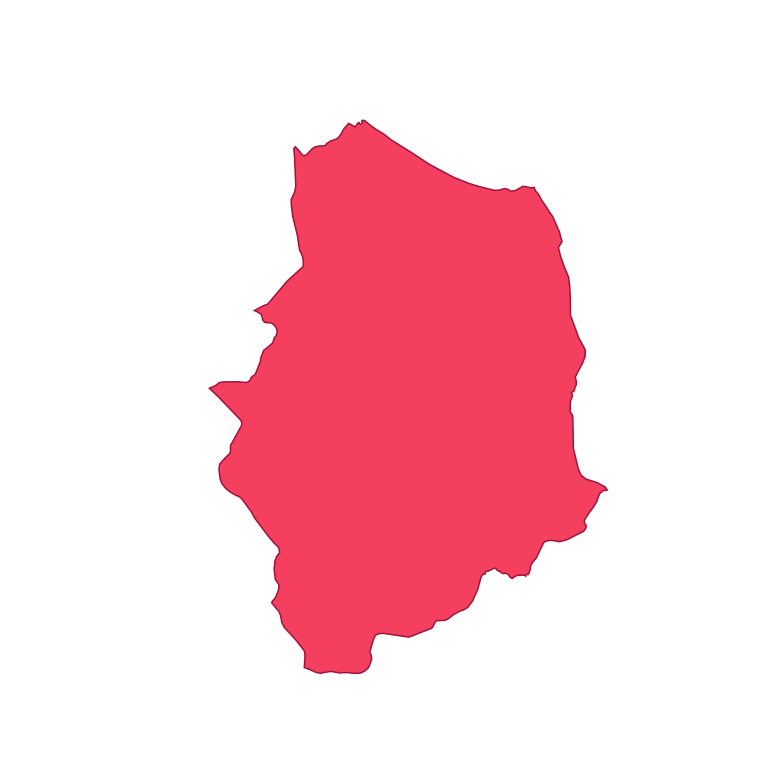 Carasova, Caras-Severin, Romania (Equal Earth projection), rotated 51°
{"feature_id": "2599482B41330185551696", "entity_name": "Carasova", "entity_type": "district", "adm_level": 2, "iso_a3": "ROU", "parent_name": "Romania", "parent_adm1": "Caras-Severin", "projection": "equal_earth", "projection_center": [21.908, 45.181], "detail": "fine", "context": "isolated", "style": "filled", "palette": "rose", "viewbox_px": 768, "rotation_deg": 51, "n_neighbors": 0, "source": "geoboundaries", "source_scale": "gbopen_adm2", "svg_char_len": 4562}
<svg xmlns="http://www.w3.org/2000/svg" viewBox="0 0 768 768"><g transform="rotate(51 384 384)"><path d="M594.0,583.9L595.0,579.0L594.7,574.6L592.6,570.7L590.0,566.7L589.8,566.6L588.4,565.6L586.9,564.8L585.3,564.2L583.6,563.8L581.5,561.1L579.5,558.2L577.5,555.4L575.7,552.4L574.4,550.3L574.0,548.0L574.5,546.3L575.2,544.7L576.1,543.2L577.1,541.7L596.4,523.9L603.7,501.0L603.6,498.8L602.7,497.3L602.0,495.7L601.3,494.2L600.8,492.5L605.9,485.5L606.9,482.5L607.0,475.0L608.3,467.8L609.6,464.7L610.3,459.5L608.5,452.1L602.7,440.5L599.0,435.4L595.3,430.3L594.2,427.1L595.2,424.7L594.6,424.3L593.9,423.8L593.9,422.8L595.1,420.4L595.8,418.0L596.2,415.7L596.7,413.8L597.3,413.3L598.4,413.3L599.2,413.3L599.7,413.3L600.1,413.2L602.7,412.1L606.2,411.0L606.8,409.8L607.5,408.6L609.6,407.4L614.1,407.5L616.0,406.5L615.6,405.8L615.9,403.9L616.2,402.1L616.6,401.2L617.0,400.4L618.3,398.7L619.3,397.0L620.6,395.7L620.9,395.1L621.6,395.0L622.5,394.9L622.1,394.0L621.8,393.3L622.0,392.6L622.2,391.8L622.8,391.7L621.9,389.7L621.2,388.5L620.4,387.5L619.6,386.4L618.6,385.4L618.1,385.0L617.6,384.5L616.1,380.7L615.1,375.2L613.5,371.9L607.8,359.7L608.1,356.8L610.6,352.5L617.3,346.5L620.2,339.6L624.1,321.4L623.0,317.6L621.0,315.8L620.1,315.8L619.3,315.7L618.5,315.5L617.7,315.3L617.2,315.1L616.0,313.8L614.6,310.1L613.4,306.3L612.4,302.4L611.4,298.5L609.1,292.2L607.9,290.5L606.8,288.8L605.8,287.0L604.9,285.2L604.8,281.1L606.0,278.8L606.9,277.3L603.0,276.9L594.4,280.6L584.9,287.0L578.7,288.2L572.5,286.5L553.3,277.4L529.7,259.0L528.4,258.6L528.0,257.5L525.4,257.0L522.6,256.8L520.1,254.4L516.8,252.0L514.4,249.4L512.9,246.6L511.6,244.8L510.0,244.3L509.0,244.3L508.8,242.2L509.0,240.0L507.5,238.8L505.4,234.7L504.6,234.3L503.3,233.1L502.1,232.5L500.1,231.5L498.8,230.9L498.3,229.3L497.9,228.7L492.7,216.5L488.8,209.9L484.2,206.1L470.3,203.5L447.8,195.7L434.4,185.1L425.3,178.4L417.1,173.3L413.6,172.3L406.8,170.3L396.1,166.5L390.1,163.7L387.5,162.4L385.5,156.1L382.7,154.9L375.6,151.7L372.5,151.0L369.4,150.0L366.2,149.2L360.5,147.6L353.4,147.1L351.6,146.8L346.1,146.2L340.3,145.8L334.7,144.6L328.8,144.6L325.7,143.6L324.4,145.9L317.8,151.5L316.4,159.9L314.1,164.0L310.1,165.5L307.7,167.9L305.8,172.6L302.7,176.5L298.7,179.6L294.4,182.8L290.1,186.0L285.7,189.0L281.2,192.0L267.0,199.9L258.1,203.6L253.7,205.5L245.1,209.1L240.7,210.9L223.1,216.4L212.1,220.2L201.0,224.0L198.7,224.8L194.4,225.8L190.2,226.7L180.8,230.0L175.3,231.6L167.2,233.2L166.4,233.9L165.6,234.6L165.6,235.9L166.4,236.2L167.2,236.1L167.8,236.8L167.4,238.2L167.0,239.1L165.8,239.2L165.3,238.9L164.7,239.9L165.1,241.0L165.1,242.0L166.3,244.5L159.2,247.4L160.4,254.6L162.5,259.6L163.8,264.2L163.6,267.0L161.6,272.3L161.1,277.1L161.8,279.8L159.9,282.4L158.0,285.0L156.2,289.1L156.0,292.2L157.1,299.8L156.9,300.8L156.6,301.8L155.0,303.3L150.1,303.3L147.0,303.4L143.9,303.5L144.3,306.0L151.9,311.1L174.4,327.8L178.3,332.2L182.1,339.9L186.7,343.5L196.6,349.6L213.4,357.5L227.1,365.5L229.3,365.9L231.5,366.4L233.6,367.2L235.6,368.1L237.0,369.0L238.8,370.3L240.4,371.6L241.8,373.0L243.1,394.7L248.7,424.0L247.6,427.6L246.7,431.2L246.7,431.4L245.9,435.0L245.4,438.6L247.0,437.6L248.7,436.8L250.5,436.2L252.4,435.7L253.8,436.0L255.2,436.6L256.5,437.2L257.7,438.0L261.1,437.9L266.0,432.9L269.2,432.3L270.1,432.3L271.0,432.3L271.9,432.4L272.7,432.6L273.6,432.8L274.4,433.1L275.2,433.5L276.0,433.9L278.5,437.1L278.9,439.9L282.1,444.8L282.2,456.4L286.5,463.9L287.3,464.5L288.0,465.2L288.7,466.0L289.2,466.8L295.2,477.4L295.5,479.0L295.4,479.9L295.3,480.9L295.3,481.8L295.4,482.7L295.6,483.6L296.6,485.3L297.0,488.0L295.9,490.4L290.5,496.0L281.6,507.1L279.3,510.9L279.2,515.9L277.4,522.4L289.1,520.9L318.4,518.4L319.3,518.3L320.3,518.2L321.3,518.2L322.3,518.3L323.3,518.5L324.3,518.7L326.6,520.8L335.2,542.0L338.9,545.0L339.4,545.5L339.9,546.1L340.4,546.7L340.7,547.3L341.0,548.0L341.3,552.1L341.7,555.3L342.2,558.7L342.8,562.0L346.1,565.7L354.4,571.0L359.2,572.6L365.3,572.8L370.2,571.8L370.7,571.6L373.2,570.8L375.7,569.8L378.1,568.7L380.4,567.4L384.0,566.8L399.3,567.5L406.6,568.9L428.8,569.7L438.6,569.5L443.8,568.8L446.3,569.4L449.4,571.2L450.4,575.8L453.0,580.3L459.0,586.1L467.6,591.5L473.6,591.9L476.7,594.4L478.0,596.3L479.2,598.2L480.3,600.2L481.3,602.2L482.1,604.0L482.5,607.7L483.6,609.0L491.7,609.0L494.0,608.7L498.4,609.9L505.0,613.5L510.4,614.7L527.5,613.6L541.5,613.9L545.6,616.5L554.2,624.4L556.8,622.8L559.5,621.3L562.3,619.8L565.1,618.5L568.9,615.3L570.1,612.9L571.4,610.5L572.7,608.2L574.2,605.9L580.6,600.3L585.0,594.3L590.4,589.0L594.0,583.9Z" fill="#f43f5e" stroke="#9f1239" stroke-width="1.5"/></g></svg>